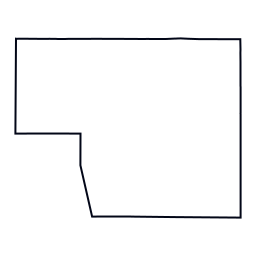 outline of Elko, Nevada, United States of America
{"feature_id": "52423323B42472456256574", "entity_name": "Elko", "entity_type": "district", "adm_level": 2, "iso_a3": "USA", "parent_name": "United States of America", "parent_adm1": "Nevada", "projection": "natural_earth1", "projection_center": [-115.202, 41.06], "detail": "fine", "context": "isolated", "style": "outline", "palette": "ink", "viewbox_px": 256, "rotation_deg": 0, "n_neighbors": 0, "source": "geoboundaries", "source_scale": "gbopen_adm2", "svg_char_len": 981}
<svg xmlns="http://www.w3.org/2000/svg" viewBox="0 0 256 256"><path d="M104.7,216.5L130.1,216.5L131.5,216.6L175.6,217.1L240.6,217.6L240.6,206.6L240.6,190.8L240.6,188.3L240.6,187.8L240.6,181.6L240.6,180.5L240.6,159.6L240.6,156.5L240.6,155.3L240.6,133.6L240.6,113.8L240.5,113.5L240.6,112.7L240.6,86.9L240.5,86.1L240.5,75.1L240.5,74.2L240.5,62.0L240.4,52.8L240.5,49.6L240.3,39.2L239.8,39.2L238.7,39.2L235.3,39.2L222.2,39.2L208.2,39.1L205.9,39.1L198.3,39.1L189.1,38.8L182.6,38.5L180.8,38.4L177.4,38.5L175.7,38.6L174.5,38.6L165.7,39.0L165.2,39.0L149.2,39.0L148.9,38.9L144.4,39.0L123.8,38.9L120.9,38.9L102.5,38.9L101.8,38.8L101.2,38.8L93.7,38.8L91.8,38.8L91.3,38.8L90.4,38.9L89.8,38.9L80.6,38.9L80.4,38.9L67.6,38.9L65.0,39.0L57.8,39.0L56.3,38.9L56.1,38.9L55.1,38.9L54.9,38.9L54.3,38.9L53.1,38.9L48.9,38.8L48.5,38.9L45.6,38.9L19.7,38.7L16.7,38.8L16.0,38.7L15.7,86.1L15.4,133.6L48.0,133.5L80.5,133.6L80.4,165.3L92.1,216.6L104.7,216.5Z" fill="none" stroke="#020617" stroke-width="2"/></svg>